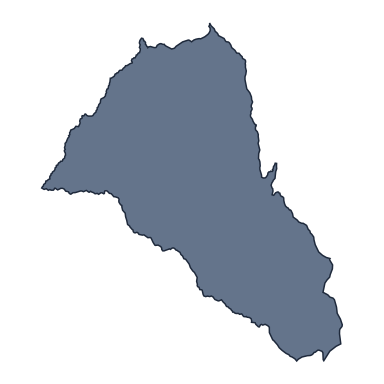 Bolivar, Carchi, Ecuador
{"feature_id": "8360857B4480682421183", "entity_name": "Bolivar", "entity_type": "district", "adm_level": 2, "iso_a3": "ECU", "parent_name": "Ecuador", "parent_adm1": "Carchi", "projection": "equal_earth", "projection_center": [-77.936, 0.473], "detail": "fine", "context": "isolated", "style": "filled", "palette": "slate", "viewbox_px": 384, "rotation_deg": 0, "n_neighbors": 0, "source": "geoboundaries", "source_scale": "gbopen_adm2", "svg_char_len": 5904}
<svg xmlns="http://www.w3.org/2000/svg" viewBox="0 0 384 384"><path d="M330.0,258.5L326.3,257.5L322.6,255.4L318.7,252.0L315.2,244.7L314.0,239.9L313.7,237.0L311.8,234.3L310.4,233.0L309.9,231.0L308.2,229.3L306.6,225.4L303.2,223.3L301.7,223.3L298.6,221.9L297.4,220.2L293.2,217.1L292.5,213.6L291.0,210.5L290.2,209.9L289.5,210.0L288.0,207.9L287.0,207.5L285.5,206.0L284.5,203.6L283.8,200.5L283.7,197.9L282.5,196.6L281.4,196.5L280.2,194.8L279.9,193.2L279.0,193.0L278.5,192.1L277.4,192.0L275.6,192.8L273.7,195.3L272.1,194.8L273.0,191.1L272.7,188.6L272.0,187.9L271.1,185.3L271.9,182.8L272.9,181.4L273.2,180.4L275.0,178.4L275.7,171.7L276.7,168.7L276.5,166.2L276.6,163.4L275.2,163.2L274.5,165.2L273.5,166.6L273.2,168.7L272.5,169.6L273.0,170.2L272.9,170.7L272.1,171.5L270.8,171.1L269.8,171.9L268.9,171.9L268.0,172.9L267.6,175.0L266.0,177.3L265.1,177.9L263.3,178.0L261.6,177.2L261.5,175.0L259.9,169.6L259.8,167.5L260.2,166.0L259.9,161.9L259.2,159.7L258.5,158.7L258.7,153.6L259.8,150.0L258.1,143.3L258.8,140.8L258.2,136.3L258.3,134.5L257.3,131.7L255.8,130.1L255.4,129.2L255.5,126.7L256.1,126.1L256.2,125.1L255.6,125.2L255.3,124.4L254.6,124.0L253.0,121.2L252.4,119.3L250.6,116.8L250.4,114.9L251.0,113.8L250.8,111.8L252.1,109.2L252.0,108.0L251.3,107.2L251.2,105.9L251.6,104.3L252.5,102.4L252.5,101.6L251.7,99.9L251.4,96.8L249.8,92.8L246.8,88.9L245.0,79.7L245.0,76.7L245.8,74.3L246.3,70.9L245.4,67.3L245.5,64.8L245.2,63.9L245.6,61.8L245.4,60.3L244.7,59.6L242.6,58.5L242.1,56.6L240.6,55.3L239.1,53.3L236.6,53.0L234.9,50.3L231.7,47.6L230.8,45.0L229.3,42.7L228.3,42.0L226.2,41.7L225.4,40.9L224.1,38.5L218.5,35.6L217.7,33.7L216.5,32.3L215.3,31.6L214.2,28.8L211.1,25.8L209.6,23.0L209.7,24.7L208.9,26.4L210.1,28.0L210.2,30.5L209.3,32.6L208.1,34.2L204.8,36.8L200.7,38.8L199.1,38.6L196.0,39.2L193.9,40.0L191.6,41.8L189.0,40.1L188.1,40.1L182.6,41.9L176.1,46.3L174.5,48.2L171.7,49.0L166.4,46.3L165.0,45.4L164.3,44.3L163.1,44.4L160.9,43.6L159.4,43.9L157.1,45.4L156.6,46.7L155.9,47.5L154.2,47.6L150.4,46.5L148.6,46.9L147.9,47.6L147.7,46.9L146.8,46.5L146.3,45.1L145.5,44.4L145.5,42.4L144.5,41.1L143.7,40.8L143.6,39.9L142.9,38.5L141.5,38.2L140.0,40.3L139.4,42.4L139.5,43.5L140.2,44.8L139.4,47.6L140.3,48.7L140.2,50.5L139.5,52.7L138.4,53.0L137.0,55.0L136.3,55.0L135.9,56.4L135.0,57.9L133.9,57.8L133.1,58.7L132.0,59.0L131.4,60.8L132.3,62.2L132.1,63.0L130.2,63.6L127.0,65.6L125.6,65.7L124.7,67.2L123.3,68.3L121.9,70.2L119.9,70.3L119.0,71.1L118.1,72.7L116.9,72.9L116.3,73.7L115.2,74.0L114.2,76.3L111.2,78.2L110.3,78.2L110.0,81.6L109.4,83.6L109.4,84.9L108.6,85.7L108.1,88.6L107.0,89.1L106.2,91.4L106.5,92.7L105.6,94.1L105.4,95.9L104.0,97.5L101.1,98.9L100.6,100.1L100.3,102.8L98.8,104.6L98.2,106.9L97.2,107.6L97.2,109.5L96.2,110.5L96.0,112.0L94.0,113.8L92.9,115.6L91.6,116.1L88.3,116.1L86.9,115.5L85.7,114.1L85.1,114.0L83.8,115.9L82.2,115.7L81.9,116.7L82.1,117.4L81.9,118.3L80.3,119.0L79.7,121.1L80.1,122.5L80.0,123.5L78.5,126.6L75.9,126.3L74.2,128.6L70.7,130.1L70.3,131.7L69.6,132.7L69.8,134.7L68.7,135.6L69.2,136.2L69.1,136.7L67.8,138.2L66.1,142.4L65.1,143.3L65.2,145.5L64.5,147.8L65.2,149.4L64.4,150.3L64.4,151.0L64.6,151.8L65.3,152.8L65.5,155.2L64.9,156.1L64.5,158.2L62.8,159.5L62.6,160.6L62.1,161.2L60.5,161.3L59.9,162.4L58.8,162.8L58.2,163.7L57.7,165.1L56.5,165.3L56.2,165.9L56.4,166.9L55.1,167.9L55.0,169.4L54.2,170.8L52.5,172.0L52.0,173.4L51.0,173.9L50.8,175.5L50.2,175.8L49.7,177.0L49.9,178.9L48.4,179.5L46.8,180.9L45.9,181.0L45.3,183.4L43.7,184.4L43.3,186.0L42.5,186.6L41.7,188.0L44.1,189.4L46.3,188.7L48.3,190.3L49.9,189.6L51.1,190.2L53.3,190.2L53.8,189.8L54.6,188.3L55.1,188.2L57.7,189.9L60.9,188.3L62.9,188.4L64.3,189.2L65.6,191.1L68.5,191.8L69.2,193.3L70.4,194.1L71.0,194.1L73.0,192.7L75.3,192.6L80.5,191.0L81.8,191.0L83.5,191.7L86.3,190.4L88.7,192.1L89.7,192.1L90.4,191.3L91.0,191.5L92.2,192.3L93.1,192.4L95.1,193.8L97.2,193.4L98.7,194.3L100.8,192.8L102.0,192.8L103.8,193.8L104.4,193.4L104.5,191.7L104.8,191.0L106.1,190.7L107.4,191.2L109.3,193.3L111.3,193.7L113.8,196.7L115.2,196.8L118.2,197.8L119.1,199.3L118.8,200.9L119.0,202.3L120.6,204.8L121.8,205.4L121.9,207.2L122.6,210.2L125.2,213.2L125.6,216.7L126.7,220.2L127.6,224.5L129.6,226.0L130.0,227.0L132.2,229.5L133.0,230.0L133.3,231.7L134.1,232.6L135.1,232.9L136.9,232.3L137.8,232.7L139.0,234.4L142.3,235.1L144.0,234.9L147.9,237.7L150.3,237.5L151.1,238.1L153.1,242.4L154.8,245.1L155.4,245.4L158.1,245.1L160.6,246.5L161.6,247.8L161.7,249.3L162.6,250.8L164.0,250.9L169.5,248.9L170.4,249.4L172.1,248.1L173.2,247.9L174.5,248.4L176.1,250.2L177.2,250.4L178.2,251.3L180.0,252.3L180.9,254.5L182.6,256.0L183.8,258.7L185.7,259.3L189.2,264.1L190.4,267.6L192.8,271.0L194.5,272.5L197.2,277.5L196.6,281.3L197.4,284.3L197.2,285.4L197.6,286.6L199.0,287.3L199.8,289.6L201.7,289.8L202.2,290.3L203.1,294.3L203.8,295.9L205.6,296.6L207.6,296.1L209.8,296.6L211.2,296.0L212.9,296.8L214.9,299.5L218.2,300.9L219.1,300.8L221.5,299.8L223.3,302.2L225.0,303.7L226.5,306.4L228.1,306.9L229.2,308.2L230.8,309.1L231.4,310.2L232.3,311.0L232.7,312.1L233.8,312.1L234.5,312.9L236.1,313.5L238.3,313.4L239.6,314.3L241.7,313.9L243.6,316.5L245.3,316.8L246.4,316.5L247.0,317.2L249.4,317.5L251.1,318.7L251.7,320.9L251.5,322.3L255.1,322.7L255.8,324.3L258.4,326.8L259.4,326.9L260.4,324.9L261.5,324.4L262.8,325.1L265.1,324.3L267.7,325.6L269.3,327.2L269.4,332.7L272.8,340.0L273.5,340.3L277.5,344.9L279.2,347.7L282.0,350.3L286.1,353.4L288.9,354.7L290.1,356.3L292.1,357.0L294.9,358.8L296.7,361.0L298.3,359.2L302.0,357.0L307.4,355.7L310.2,355.5L311.8,354.9L313.2,353.7L314.1,352.4L315.3,352.2L317.6,350.3L318.8,350.1L322.0,351.3L322.9,352.8L323.2,359.7L323.8,360.7L329.8,351.2L336.1,346.3L340.8,343.9L339.5,333.8L339.6,330.3L340.0,329.0L342.0,326.5L342.3,324.8L340.4,319.1L337.2,313.3L336.5,307.1L334.4,299.7L333.0,298.1L329.9,297.1L327.9,294.9L323.0,292.3L324.9,283.1L327.0,280.0L329.7,277.1L330.2,274.7L332.4,268.9L332.6,264.9L329.8,260.2L329.6,259.1L330.0,258.5Z" fill="#64748b" stroke="#1e293b" stroke-width="1.5"/></svg>